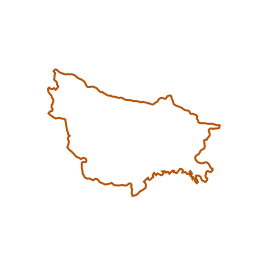 outline of Salto da Divisa, Minas Gerais, Brazil, rotated 134°
{"feature_id": "56859067B24281725110671", "entity_name": "Salto da Divisa", "entity_type": "district", "adm_level": 2, "iso_a3": "BRA", "parent_name": "Brazil", "parent_adm1": "Minas Gerais", "projection": "natural_earth1", "projection_center": [-40.049, -16.122], "detail": "fine", "context": "isolated", "style": "outline", "palette": "amber", "viewbox_px": 256, "rotation_deg": 134, "n_neighbors": 0, "source": "geoboundaries", "source_scale": "gbopen_adm2", "svg_char_len": 4289}
<svg xmlns="http://www.w3.org/2000/svg" viewBox="0 0 256 256"><g transform="rotate(134 128 128)"><path d="M172.7,195.3L172.6,193.5L172.4,191.5L172.3,190.0L171.3,186.5L169.8,185.6L168.4,184.3L166.7,181.4L165.7,180.2L165.7,178.8L166.9,177.2L167.6,176.0L169.5,173.8L170.5,172.2L172.2,170.0L173.1,167.7L174.2,166.7L174.2,164.5L175.5,164.7L176.6,164.3L177.7,163.8L178.7,161.1L181.5,159.3L184.0,158.3L184.2,156.7L184.5,154.9L184.2,153.1L184.2,151.0L184.3,148.6L184.5,147.2L184.5,145.2L184.0,143.6L183.4,142.5L183.1,140.3L180.9,139.7L179.9,138.7L179.6,136.5L180.3,135.3L181.5,134.7L182.6,135.3L183.8,136.9L185.3,136.9L188.6,133.7L191.3,129.9L192.3,129.0L192.8,127.0L193.6,124.9L192.8,122.2L190.9,120.4L190.5,119.2L189.9,116.8L187.4,116.3L186.6,115.5L186.2,114.3L186.2,112.8L186.6,110.6L185.4,107.6L184.4,105.0L180.8,102.6L178.9,101.7L178.7,99.8L178.8,98.3L175.6,94.5L174.3,93.6L173.3,92.8L172.2,91.4L170.9,89.5L169.4,88.9L167.2,88.7L166.1,87.5L166.6,85.7L168.4,84.6L169.2,82.4L171.2,81.0L172.1,80.3L173.7,77.6L172.3,76.7L171.3,76.0L170.0,75.4L168.8,75.3L167.3,75.2L165.6,75.4L164.3,75.0L163.3,74.7L162.0,74.3L159.2,73.8L158.2,74.1L156.3,75.8L155.7,77.2L155.6,79.3L153.8,79.1L152.3,79.3L150.0,79.0L150.8,77.5L150.3,76.4L149.1,76.1L147.1,76.2L145.9,75.6L144.5,77.7L142.1,77.9L142.5,75.1L140.2,75.2L139.2,72.0L138.7,71.0L137.0,70.7L135.5,71.4L135.4,73.2L133.6,71.6L133.7,69.5L132.4,69.5L131.6,68.3L132.2,66.5L130.9,66.4L129.2,66.4L127.8,66.4L126.8,65.1L128.0,64.5L127.4,63.3L126.6,61.6L125.0,61.9L123.5,61.9L121.3,62.3L120.2,60.8L120.2,59.3L122.3,58.0L121.3,57.3L119.9,56.2L119.9,53.4L118.1,51.7L116.8,53.2L115.7,53.2L116.4,50.3L119.0,50.0L118.5,48.5L119.8,46.3L118.2,46.7L118.6,44.2L119.7,43.3L119.9,40.1L118.5,40.1L117.8,41.2L116.8,44.4L114.9,45.9L113.4,44.4L112.7,42.1L113.7,39.7L114.3,38.3L113.7,37.0L113.2,34.8L110.4,35.0L109.1,36.0L109.6,37.5L108.6,39.2L106.7,39.9L105.9,40.9L104.3,41.1L103.4,40.6L103.0,39.0L102.2,37.8L100.7,37.7L99.2,38.0L98.5,39.0L99.2,39.9L98.9,41.8L98.1,43.8L97.8,45.5L98.0,47.4L99.2,48.8L100.6,49.3L101.7,50.0L102.6,51.0L103.5,52.4L104.0,54.1L104.1,55.6L103.8,57.3L103.1,58.7L102.0,59.5L100.9,59.7L99.5,59.5L97.6,59.0L95.9,59.3L94.7,59.8L93.1,60.0L91.4,59.5L90.2,59.0L88.6,59.4L87.5,60.4L86.6,61.5L85.4,63.0L84.4,64.5L82.8,64.4L81.6,63.2L80.0,63.8L78.6,63.8L77.2,63.9L75.9,64.6L75.1,65.6L74.3,67.4L73.2,68.6L72.0,68.6L70.8,68.2L69.9,66.9L69.4,65.8L68.3,65.5L67.4,64.5L66.3,63.4L64.7,62.5L63.2,63.2L62.4,64.3L63.5,65.1L64.3,66.1L64.9,67.4L65.7,68.8L66.3,70.2L67.6,71.5L68.8,72.7L69.7,73.8L70.7,75.3L71.7,76.7L73.2,78.1L74.2,79.5L75.1,81.0L74.2,82.4L73.7,83.5L73.5,85.0L72.5,85.6L71.5,86.3L71.3,87.9L71.8,88.9L72.2,90.1L73.0,91.5L74.3,92.8L74.0,94.2L73.4,95.5L73.7,96.8L74.8,98.3L75.6,99.6L76.0,101.4L76.1,103.5L76.8,105.0L77.5,106.5L78.1,108.0L78.6,109.4L78.9,110.8L78.9,112.0L78.4,113.0L77.5,114.2L77.0,115.5L76.6,116.8L76.0,117.7L75.1,118.9L75.3,120.3L76.4,121.1L77.7,121.7L79.1,121.5L80.8,121.3L81.6,122.1L82.1,123.5L83.0,124.9L84.1,125.5L85.1,125.7L86.1,125.8L87.2,125.5L88.8,125.3L90.5,125.8L91.7,126.1L92.9,126.1L94.0,126.6L94.9,128.1L95.4,129.9L96.3,130.5L96.7,132.0L97.9,133.7L98.9,135.6L100.3,136.3L101.2,137.9L102.0,139.4L102.6,140.3L103.3,141.2L104.0,142.0L104.9,142.9L105.6,144.1L106.0,145.2L106.8,146.3L108.0,147.5L109.3,149.1L110.0,151.0L110.2,152.6L111.2,154.4L112.5,155.1L113.2,156.3L113.9,157.8L115.1,159.8L116.3,161.0L116.8,162.9L118.0,164.1L118.7,165.6L119.1,166.7L119.2,168.3L119.9,169.8L119.9,171.3L121.0,172.4L121.4,173.9L121.3,176.0L121.2,177.5L121.3,178.8L121.8,180.0L122.6,182.0L123.8,183.0L125.2,184.2L126.5,185.4L126.5,187.1L126.0,188.6L125.2,190.4L124.9,191.8L125.3,193.5L125.4,195.1L126.1,196.5L126.6,198.4L127.1,200.6L127.0,202.1L127.2,203.6L127.8,204.7L128.5,205.9L129.8,207.1L130.7,208.2L131.5,209.1L132.7,210.1L133.8,211.8L134.6,213.9L135.4,215.6L135.6,217.4L135.6,219.6L136.1,220.7L137.2,221.2L139.0,220.9L139.1,218.7L140.2,217.8L141.7,217.0L142.5,216.2L144.6,214.7L144.5,213.0L144.5,211.4L145.3,209.9L146.1,209.1L146.6,207.0L148.3,206.6L149.7,206.5L150.9,206.7L150.7,208.9L152.7,209.4L153.7,211.4L153.7,212.8L155.1,212.9L157.1,210.8L157.8,208.3L157.9,205.6L159.0,203.7L159.3,201.7L160.3,200.6L163.0,199.0L164.3,199.0L166.3,197.3L166.8,195.2L168.6,194.5L170.6,195.6L172.7,195.3Z" fill="none" stroke="#b45309" stroke-width="2"/></g></svg>